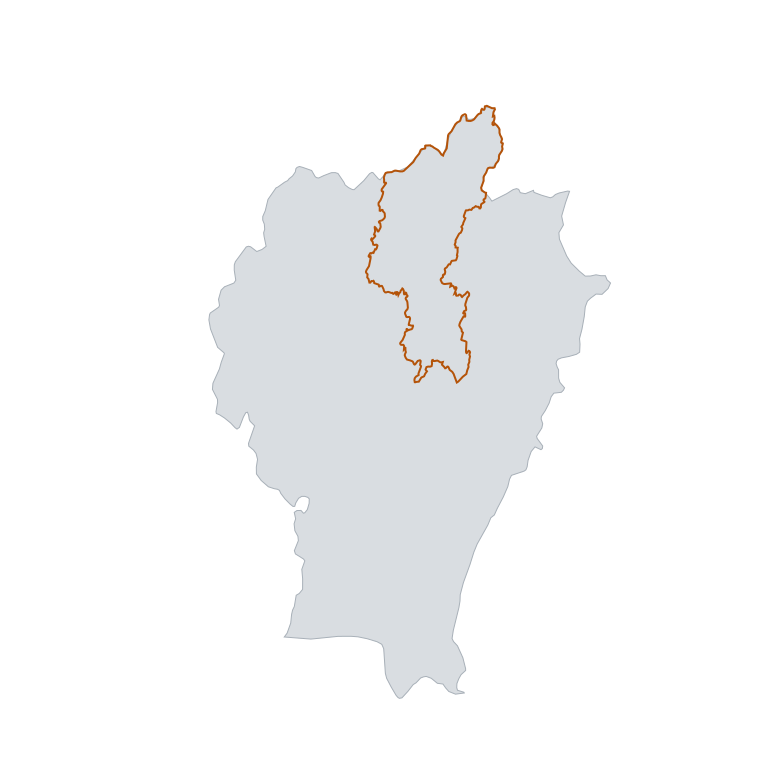 where Mogilev sits in Belarus, rotated 287°
{"feature_id": "BLR-2340", "entity_name": "Mogilev", "entity_type": "Region", "adm_level": 1, "iso_a3": "BLR", "parent_name": "Belarus", "parent_adm1": "", "projection": "equal_earth", "projection_center": [29.938, 53.567], "detail": "fine", "context": "in_parent", "style": "outline", "palette": "amber", "viewbox_px": 768, "rotation_deg": 287, "n_neighbors": 0, "source": "natural_earth", "source_scale": "10m", "svg_char_len": 9798}
<svg xmlns="http://www.w3.org/2000/svg" viewBox="0 0 768 768"><g transform="rotate(287 384 384)"><path d="M622.5,505.1L610.7,504.6L596.5,504.8L588.6,509.1L579.9,507.0L573.8,509.4L559.8,521.3L554.3,527.7L549.1,537.6L546.0,544.9L547.7,550.0L550.4,554.8L551.0,559.9L552.3,564.0L548.8,566.9L546.8,571.1L540.8,570.4L533.5,566.3L532.0,560.5L526.4,556.4L522.7,554.3L516.6,553.9L506.9,555.8L494.2,557.3L484.6,557.7L479.4,559.8L471.6,561.8L468.7,559.4L464.4,552.8L460.9,546.1L458.5,543.2L456.4,542.4L453.8,542.6L450.8,544.7L448.6,546.8L440.6,549.3L437.0,551.7L433.1,557.8L430.5,557.4L427.9,556.0L424.9,549.1L420.7,547.6L414.0,547.5L405.7,546.0L398.9,544.0L396.5,544.5L392.4,547.4L388.1,547.8L378.6,545.2L376.7,546.4L371.1,553.9L368.5,554.3L367.1,553.3L368.0,546.8L362.5,544.5L353.1,544.1L346.6,545.1L343.4,544.8L341.7,543.5L333.9,532.6L329.7,531.9L322.1,532.4L310.9,531.1L298.1,528.7L291.0,527.8L287.4,525.3L279.4,524.5L258.2,519.9L249.5,519.1L236.7,519.0L217.2,518.0L204.7,518.5L198.8,520.1L192.1,521.0L168.8,522.3L160.5,523.5L158.0,525.8L155.1,530.8L145.2,539.5L135.6,545.3L133.9,545.8L128.6,542.7L124.1,541.7L118.8,541.3L115.0,542.3L112.6,543.8L112.6,550.5L112.0,551.1L108.3,543.1L108.9,535.9L111.4,531.8L114.3,528.1L113.4,522.5L116.4,515.2L116.7,509.9L115.6,507.6L113.6,505.0L107.6,502.0L105.1,499.8L97.0,496.7L89.1,492.9L87.9,490.6L88.3,489.0L89.8,486.6L96.3,479.5L103.3,472.6L107.7,469.9L130.8,461.1L134.4,458.0L135.5,452.8L135.5,442.4L134.6,432.9L133.1,426.3L129.3,414.0L118.7,388.7L112.9,362.6L117.4,364.2L128.1,364.7L136.7,363.0L141.1,362.7L145.0,363.3L156.3,361.8L158.9,364.2L163.8,366.2L173.8,363.2L182.7,359.6L191.7,360.0L193.1,358.2L195.6,349.0L198.4,347.0L209.2,347.9L213.2,346.2L217.6,341.7L224.0,338.9L229.3,338.9L235.0,335.7L237.6,337.8L238.8,341.6L236.9,344.7L237.7,345.9L241.5,347.4L248.0,347.3L252.3,346.1L253.3,344.3L253.4,341.2L252.5,338.2L249.7,335.7L244.5,334.4L240.9,334.4L240.3,332.8L241.7,329.3L245.1,323.0L249.2,317.3L251.7,315.1L252.2,313.1L251.8,309.7L251.9,303.5L255.8,294.8L260.7,288.3L267.2,286.2L275.0,285.1L280.1,282.0L282.7,278.5L285.0,272.9L287.5,271.8L306.2,272.5L309.2,266.9L310.9,265.4L314.5,263.7L317.1,261.7L316.2,260.2L311.4,259.2L300.2,258.4L297.9,256.6L298.7,254.3L301.9,248.7L304.9,241.3L306.5,235.6L306.8,232.3L308.4,231.4L317.6,230.3L320.7,229.2L328.7,221.5L334.7,220.2L350.2,222.2L357.3,222.0L366.3,222.5L367.1,221.8L370.4,214.2L385.9,202.0L394.1,197.8L399.3,196.9L401.1,197.1L409.2,203.5L411.1,203.7L416.6,201.0L426.1,200.8L430.4,203.1L436.6,210.9L439.9,211.9L449.1,207.5L454.2,206.0L457.5,206.1L474.8,212.2L476.1,214.1L476.2,216.4L473.5,223.6L477.0,228.0L481.2,231.0L490.2,226.1L493.4,224.7L497.0,224.7L501.9,222.8L505.3,220.1L508.7,219.1L515.0,219.8L526.6,219.1L540.0,223.4L541.2,224.8L547.9,229.9L550.3,232.4L552.5,233.2L556.1,235.7L560.9,237.2L564.2,236.8L565.8,237.6L567.3,239.6L567.4,242.9L567.0,252.4L562.2,257.5L561.6,259.2L561.9,261.3L565.7,265.5L570.7,271.9L571.9,275.6L571.9,278.4L565.2,286.7L563.0,288.6L561.4,292.7L560.7,296.9L561.1,298.6L572.5,305.2L580.9,308.7L582.8,310.5L582.9,311.6L578.5,318.7L578.1,320.6L584.9,323.6L588.6,328.2L592.0,335.8L598.4,343.1L622.3,353.8L624.5,355.7L625.2,358.0L624.5,363.0L620.3,372.5L624.4,374.0L634.9,373.6L647.7,374.8L663.2,381.5L663.3,384.6L661.7,387.4L662.8,390.3L664.6,392.8L678.0,400.4L679.3,402.6L679.6,406.3L679.3,409.0L675.6,409.6L671.6,410.8L664.9,414.1L662.4,418.7L651.6,425.1L644.9,427.9L639.6,428.1L626.9,426.8L622.4,423.6L620.5,420.7L615.6,419.4L609.1,419.3L600.1,419.8L598.3,420.7L596.9,424.2L593.1,430.3L590.4,433.7L601.9,445.7L607.7,450.7L609.6,453.7L609.5,455.9L606.8,458.4L607.3,463.5L612.9,470.3L611.1,471.4L610.6,479.7L610.7,488.6L612.3,490.7L615.3,492.5L617.9,495.7L622.2,503.2L622.5,505.1Z" fill="#d9dde1" stroke="#a8b0b8" stroke-width="1"/><path d="M584.5,323.5L586.3,323.9L587.4,325.4L588.8,329.3L591.0,331.6L591.5,332.8L592.0,337.3L592.7,339.4L593.6,340.6L604.8,347.1L609.5,348.2L614.6,350.3L618.2,350.6L618.9,350.9L619.6,351.4L621.1,354.3L621.8,354.5L623.7,353.7L624.2,354.0L625.8,358.6L625.4,359.2L625.3,360.9L624.6,362.6L623.6,367.0L622.6,368.9L620.2,371.8L619.7,373.7L622.3,373.8L627.6,375.1L640.5,372.6L641.9,372.8L645.5,374.7L653.3,376.3L655.5,377.5L657.4,379.5L658.3,379.9L661.4,379.8L662.6,379.9L663.9,380.5L665.5,382.2L665.7,382.8L665.5,383.3L665.1,383.9L660.1,386.0L660.3,387.9L660.9,390.0L662.1,391.6L663.5,392.8L668.4,394.7L669.8,395.5L671.3,397.4L671.7,397.6L672.7,397.0L674.9,396.9L675.8,397.3L675.3,398.8L675.6,399.6L676.3,399.8L679.0,399.3L680.1,401.0L679.3,406.7L680.1,409.1L679.0,409.8L676.0,409.2L671.7,409.9L672.7,411.1L671.0,411.9L669.1,412.2L667.1,412.0L665.6,411.4L664.0,411.8L663.5,412.7L664.1,413.5L665.5,413.7L664.1,416.7L662.2,419.2L661.1,420.1L657.9,421.0L655.9,422.4L654.3,424.1L652.7,425.3L649.5,425.3L649.1,425.6L648.9,426.3L648.9,427.2L648.6,427.4L645.6,427.5L643.4,428.7L641.3,428.6L636.8,427.2L635.0,427.4L633.4,428.0L631.9,428.1L630.4,427.9L627.2,426.5L623.6,426.3L622.6,425.1L621.9,421.9L621.0,420.5L619.9,420.1L616.0,419.9L612.2,418.8L610.9,418.7L607.4,419.9L600.0,419.5L597.7,420.9L596.6,424.6L596.7,425.7L592.7,426.5L591.1,426.6L589.7,425.4L588.9,425.4L588.4,425.7L587.6,426.8L587.3,426.8L584.6,424.5L583.7,424.4L581.1,425.0L580.0,424.6L579.8,423.9L580.9,423.0L581.1,422.5L580.7,421.2L580.9,419.7L579.0,418.4L578.3,417.4L576.1,416.7L575.7,414.6L574.6,413.5L574.1,411.7L573.7,411.5L567.8,411.2L566.8,411.9L566.4,413.3L565.8,413.3L561.3,412.7L559.7,412.9L557.0,412.0L556.5,412.3L556.0,413.2L555.5,413.5L553.8,413.6L551.2,413.2L550.8,412.9L550.3,412.3L549.3,411.8L542.2,410.4L540.6,411.0L537.9,410.9L537.0,412.1L535.5,412.5L535.9,414.7L534.8,414.8L531.7,415.8L528.4,416.1L527.9,416.8L524.3,416.8L523.3,416.5L521.6,412.9L521.0,412.6L517.7,412.2L517.5,411.1L517.1,410.8L513.9,409.9L512.3,408.6L511.5,408.5L509.2,409.8L507.1,410.0L506.3,409.7L506.2,409.0L505.7,408.6L504.9,408.6L503.6,409.1L501.3,407.7L500.3,407.7L499.5,408.1L498.8,409.0L497.8,409.7L497.4,410.5L497.2,411.9L497.4,413.0L499.8,418.5L499.7,418.8L499.3,419.0L497.3,418.8L496.5,418.9L498.1,420.5L497.6,422.1L496.0,423.4L497.6,424.3L497.6,424.8L497.0,425.3L491.1,425.0L492.1,425.8L492.0,426.1L489.8,427.1L489.6,427.4L490.3,429.1L491.4,429.6L491.7,430.3L491.6,431.2L490.2,432.7L490.0,433.2L492.0,434.2L493.7,435.5L496.2,436.5L496.6,436.9L495.8,438.5L495.1,439.1L493.4,439.5L491.0,438.5L484.3,438.4L482.7,438.8L481.5,439.9L479.1,440.9L478.4,440.8L477.1,439.3L475.2,439.0L474.8,439.1L474.6,439.5L475.4,440.3L475.3,440.9L472.6,441.9L472.0,441.7L472.2,440.6L471.9,440.3L465.9,438.9L463.3,438.7L461.9,438.9L461.2,439.5L458.9,442.2L457.0,443.0L456.2,444.5L449.0,444.9L448.7,445.4L448.7,449.5L448.2,450.6L439.4,452.8L438.0,453.4L437.7,453.9L438.1,454.3L440.5,455.2L440.5,456.0L439.6,457.0L437.0,457.1L435.5,458.2L432.1,458.4L430.1,459.2L427.1,458.9L425.0,459.9L421.5,459.6L417.6,459.8L414.1,457.3L408.0,454.3L406.7,453.2L414.0,447.6L415.6,445.7L416.7,442.7L419.0,440.7L419.3,440.2L419.2,439.5L417.2,438.4L416.9,437.9L418.1,436.3L419.4,433.8L422.2,433.8L421.4,432.5L421.2,431.6L421.9,429.0L422.0,428.1L420.7,425.6L420.5,424.7L421.3,423.7L420.8,423.1L419.4,423.2L417.3,424.1L415.0,424.3L414.1,423.1L413.5,421.0L412.6,419.7L410.1,419.5L409.6,419.9L408.7,421.4L405.9,420.4L403.2,420.1L402.8,419.8L401.6,418.3L400.8,417.7L396.4,416.6L395.6,414.6L394.7,413.2L394.7,412.9L396.7,411.9L398.5,411.7L400.4,412.4L402.7,414.5L404.1,413.9L411.3,414.3L412.0,414.1L412.8,412.9L416.2,412.5L416.9,412.2L417.2,411.4L415.9,409.5L412.2,408.2L411.6,407.8L411.5,407.5L411.9,406.7L413.5,405.4L414.0,404.6L414.2,401.8L414.1,398.8L415.5,397.0L417.4,395.5L418.4,395.3L420.9,395.6L422.1,394.8L424.8,393.9L424.8,393.5L423.1,392.9L425.8,392.3L426.7,391.7L427.1,390.9L426.6,389.6L426.5,388.6L426.8,388.1L427.5,387.6L428.3,387.6L431.5,388.9L437.1,389.6L438.6,389.0L439.7,389.0L440.3,389.3L441.2,390.3L442.9,389.5L443.2,389.6L443.3,390.1L442.7,391.2L442.6,391.7L443.4,392.6L444.5,394.4L445.3,394.8L447.8,394.9L448.3,394.6L447.8,393.0L447.9,391.5L447.7,390.5L448.3,390.2L453.8,389.9L454.6,389.6L455.2,389.1L455.5,388.4L454.7,386.5L454.8,385.7L457.4,383.6L458.6,383.2L460.8,383.7L462.1,384.5L464.0,384.5L468.7,382.6L469.8,382.0L471.6,380.0L472.1,379.7L473.2,379.7L474.2,380.6L474.9,380.8L475.4,380.6L476.0,379.5L477.5,378.7L477.7,378.2L475.9,377.7L475.7,377.1L476.1,376.7L478.9,375.7L480.4,374.4L480.7,373.6L479.3,373.3L478.3,372.7L476.3,372.7L475.4,372.0L473.3,371.7L475.5,370.5L475.8,369.9L475.7,369.4L475.4,369.3L473.6,369.9L473.1,369.6L474.8,367.8L473.0,366.8L472.9,366.4L473.6,365.3L473.2,364.5L473.4,361.6L473.1,360.5L472.1,359.1L472.0,358.3L473.0,356.7L474.6,355.8L477.1,353.5L477.0,352.4L475.9,351.3L475.8,350.9L476.2,350.5L477.3,350.1L477.5,349.8L477.6,345.2L479.1,344.4L479.6,343.8L479.1,343.3L478.8,341.9L477.0,341.3L476.7,340.4L479.9,338.5L481.0,336.8L484.1,336.2L485.3,334.3L486.2,333.9L487.9,334.0L492.3,335.2L500.4,334.4L501.9,334.0L502.3,333.7L502.2,333.3L501.2,332.7L501.6,332.0L502.4,331.9L505.1,332.6L505.3,333.0L505.2,333.8L506.4,334.7L506.3,335.6L510.3,336.1L510.3,336.9L511.4,337.3L514.0,337.3L514.6,337.2L515.0,336.4L515.0,335.8L514.2,334.4L514.1,333.0L516.9,331.4L517.5,330.2L518.2,329.5L519.0,329.4L519.6,329.6L519.5,330.0L519.1,330.3L519.1,330.7L522.6,332.4L523.5,332.1L523.9,330.8L527.4,330.9L531.3,329.2L531.5,329.3L531.4,329.6L530.3,331.4L528.2,333.4L528.1,333.6L528.3,334.1L532.3,334.9L533.3,334.9L536.2,333.6L536.8,333.0L536.9,332.1L537.6,331.7L538.5,332.1L539.8,334.1L540.8,334.9L542.7,335.9L544.2,336.0L547.3,334.8L547.9,334.2L548.8,332.6L550.0,331.7L549.9,331.0L548.5,330.0L548.5,329.2L552.2,328.1L552.7,327.7L553.0,326.8L554.5,326.1L555.8,325.9L558.5,326.9L561.6,327.3L565.7,327.4L567.6,327.0L567.8,326.6L567.6,325.8L567.8,325.5L568.4,325.1L569.6,324.9L576.5,327.3L577.0,327.0L576.6,325.5L576.9,325.1L579.4,324.4L581.3,323.5L584.5,323.5Z" fill="none" stroke="#b45309" stroke-width="2"/></g></svg>